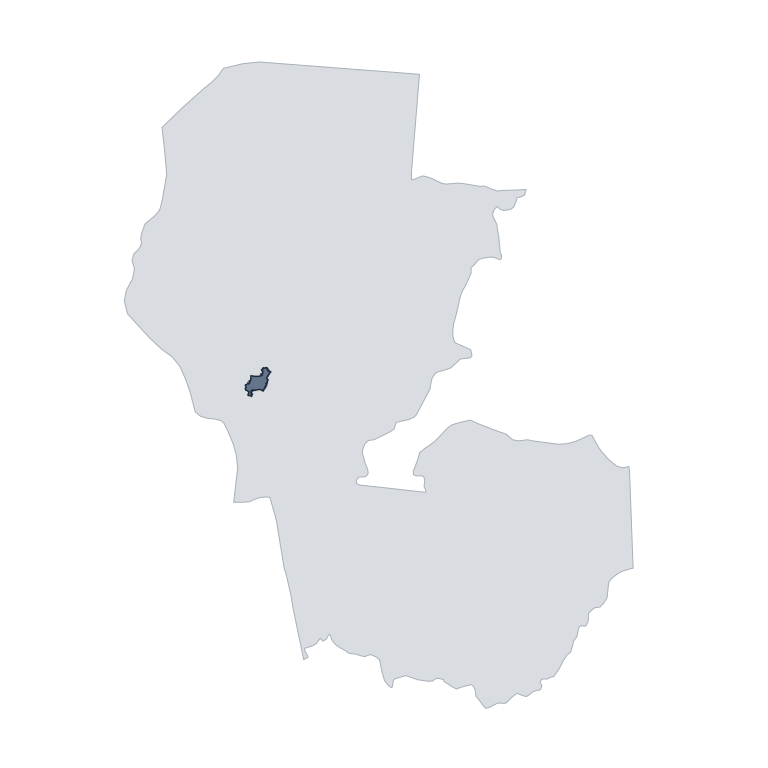 location of Chilanga, Lusaka, Zambia, rotated 96°
{"feature_id": "96606910B81629947645825", "entity_name": "Chilanga", "entity_type": "district", "adm_level": 2, "iso_a3": "ZMB", "parent_name": "Zambia", "parent_adm1": "Lusaka", "projection": "albers", "projection_center": [27.992, -15.452], "detail": "fine", "context": "in_parent", "style": "filled", "palette": "slate", "viewbox_px": 768, "rotation_deg": 96, "n_neighbors": 0, "source": "geoboundaries", "source_scale": "gbopen_adm2", "svg_char_len": 7030}
<svg xmlns="http://www.w3.org/2000/svg" viewBox="0 0 768 768"><g transform="rotate(96 384 384)"><path d="M517.3,521.1L482.4,520.8L469.7,523.6L459.2,527.8L446.8,534.6L439.5,539.2L437.6,541.9L436.6,547.6L436.5,556.5L435.3,563.0L431.5,568.8L412.6,575.9L400.3,581.7L388.2,588.6L379.1,597.5L372.9,608.5L362.6,622.1L341.0,646.4L328.6,651.0L318.1,650.1L305.4,645.1L295.4,644.2L287.9,647.4L281.1,646.5L274.7,641.5L269.4,639.7L265.1,641.1L259.7,640.9L249.6,638.3L240.9,629.7L236.1,626.2L232.5,624.9L222.1,623.6L198.3,622.0L173.7,626.8L152.1,631.6L129.6,612.8L107.8,592.9L103.1,587.9L94.9,581.2L89.0,578.0L86.7,576.4L80.4,558.4L76.8,541.8L72.3,381.1L171.2,378.8L177.5,378.0L177.8,376.2L173.1,367.7L173.2,364.7L174.3,358.9L178.5,347.2L178.7,343.3L176.4,330.7L176.5,323.6L177.4,309.3L176.6,304.5L178.8,298.0L179.5,293.7L180.4,291.9L179.2,287.0L176.9,270.1L175.6,263.0L181.6,264.0L183.6,267.4L184.8,271.2L187.6,271.4L194.7,273.5L197.2,276.6L199.0,283.4L198.0,286.9L195.8,289.8L198.1,292.2L202.9,293.8L205.7,293.2L213.6,288.5L221.0,286.6L224.7,285.4L241.1,282.1L244.4,280.4L246.7,280.4L248.3,281.7L246.9,286.5L246.5,290.8L248.6,298.9L250.2,302.6L253.7,305.3L256.2,306.7L259.0,309.6L264.7,309.0L277.3,313.0L281.2,314.9L286.5,316.7L290.2,317.4L303.2,318.8L316.9,321.0L324.0,321.1L329.1,320.5L332.6,319.3L334.8,318.0L335.8,316.9L340.8,301.5L343.5,300.3L346.9,299.5L348.9,300.9L351.1,310.5L361.0,319.3L364.4,326.6L366.9,332.9L369.1,334.6L372.8,336.7L378.8,337.5L384.2,337.7L410.8,348.4L413.7,350.4L417.0,356.1L419.0,362.6L421.0,367.7L424.5,368.7L427.5,369.1L430.5,372.6L432.8,375.7L440.6,388.4L441.7,393.4L445.5,396.8L450.7,398.2L455.4,398.4L458.2,396.9L465.0,394.4L470.3,391.4L474.2,390.4L476.4,391.1L478.2,393.1L479.3,399.5L483.0,401.6L485.8,400.8L486.9,398.3L487.0,397.1L487.4,331.1L485.0,331.5L481.9,333.4L474.9,333.5L472.1,334.9L471.2,337.0L471.8,339.8L471.9,343.5L470.8,345.2L467.8,345.9L463.3,344.5L455.2,342.5L448.4,341.3L443.6,336.4L437.1,328.9L432.8,325.1L422.4,317.3L420.7,315.7L417.5,312.1L414.8,305.9L412.3,298.7L410.9,294.2L413.4,287.2L419.5,264.4L421.0,257.3L426.1,250.1L426.4,243.6L424.4,235.3L425.0,230.7L425.7,204.6L424.4,196.4L421.0,187.2L413.4,174.5L413.4,171.8L425.1,163.6L428.6,160.4L434.7,153.8L438.9,148.1L441.5,143.5L442.4,137.6L440.5,131.9L444.5,130.8L541.1,117.0L542.5,120.9L545.3,127.4L548.6,132.2L552.7,136.4L556.1,139.0L558.5,139.8L573.3,139.8L578.6,142.4L583.2,145.7L584.3,150.7L587.3,153.9L590.5,156.4L592.0,156.7L594.4,156.1L598.4,156.2L602.0,157.3L603.8,158.4L603.9,162.6L604.9,164.5L609.9,165.3L615.0,165.7L619.9,168.6L625.2,169.2L631.3,170.5L634.2,173.6L640.7,176.9L648.6,179.9L657.3,184.7L657.5,186.1L658.9,188.9L660.4,190.9L660.5,193.8L661.2,196.4L663.4,197.2L665.3,197.4L667.0,195.5L669.4,195.6L671.9,196.9L672.8,200.0L674.7,204.2L677.9,207.1L680.0,209.9L679.1,214.8L677.6,219.3L681.9,223.9L687.5,228.3L689.0,230.3L689.3,236.6L690.2,238.8L693.9,244.2L695.7,247.7L695.5,249.7L684.8,259.9L678.4,261.4L675.5,263.4L673.8,265.6L677.7,276.1L679.8,280.1L677.8,285.0L673.5,293.3L671.6,294.0L671.1,300.4L672.3,302.7L674.3,304.6L675.0,308.9L674.6,319.7L671.7,331.8L676.1,342.5L677.7,343.7L684.1,344.0L685.2,344.9L683.6,347.9L678.9,352.5L670.6,355.9L658.7,359.6L656.2,363.4L654.5,369.0L655.7,372.3L657.2,374.2L656.6,379.1L655.5,384.2L655.7,388.3L655.1,391.9L653.5,393.6L651.4,399.0L648.7,404.3L646.6,406.8L643.6,409.3L638.9,411.4L639.0,412.5L644.2,415.1L645.5,416.9L646.0,418.1L643.7,420.8L646.1,422.5L649.1,424.0L651.8,427.6L654.8,434.5L655.4,435.2L656.3,435.4L658.1,434.6L661.4,432.0L663.7,431.0L666.5,435.0L617.1,450.8L605.5,454.0L588.3,459.7L582.6,461.8L578.1,463.9L532.4,476.4L525.3,478.9L509.1,485.5L508.6,486.6L508.7,489.6L510.1,496.0L512.8,501.8L515.1,505.1L516.6,513.6L517.3,521.1Z" fill="#d9dde1" stroke="#a8b0b8" stroke-width="1"/><path d="M380.1,502.0L380.1,502.3L380.3,502.3L380.3,502.6L380.2,502.7L380.1,502.8L380.0,503.0L380.3,503.3L380.3,503.5L380.4,503.8L380.4,504.0L380.5,504.1L380.7,504.3L380.8,504.5L380.7,504.5L380.5,504.9L380.5,505.0L380.6,504.9L380.7,505.0L380.8,505.1L381.1,505.5L381.2,505.8L381.3,506.0L381.3,506.3L381.5,506.4L381.7,506.5L381.8,506.6L382.0,506.7L382.4,506.7L382.5,506.7L382.7,506.8L382.8,506.7L382.8,506.8L382.9,506.7L383.2,506.8L383.3,506.7L383.7,506.5L383.8,506.6L384.0,506.4L384.3,506.1L384.5,505.9L384.8,506.0L385.0,506.0L385.1,505.9L385.4,505.7L385.5,505.7L385.9,505.7L386.0,505.8L386.2,505.7L386.4,505.7L386.5,505.7L387.1,507.5L388.3,506.3L388.8,507.6L389.6,510.1L389.9,513.3L389.7,517.1L393.5,517.1L394.4,517.0L395.3,518.5L396.2,517.5L397.9,518.4L397.8,518.5L397.7,518.6L397.2,519.3L397.4,519.3L397.4,519.2L397.6,519.2L398.9,520.8L399.3,521.5L399.5,521.4L400.3,521.7L400.8,521.1L401.4,520.9L401.5,520.8L401.8,520.8L402.0,520.8L402.6,521.2L403.1,521.5L404.0,521.1L404.4,521.0L404.9,519.5L406.0,517.4L408.1,518.0L408.3,518.0L408.5,517.9L408.6,518.0L409.3,518.1L409.5,518.0L409.7,516.3L409.7,515.2L410.1,514.5L408.0,513.8L408.0,514.8L407.2,514.6L407.1,514.8L407.0,515.0L406.9,515.3L406.2,514.8L405.9,514.7L405.7,515.0L405.6,514.9L405.0,515.1L404.7,514.4L404.6,514.6L404.3,514.7L404.4,514.8L404.2,515.0L403.8,514.2L403.7,514.2L403.5,513.7L404.2,513.4L403.6,511.6L403.8,511.5L402.4,507.7L402.6,505.9L403.0,505.2L403.6,503.5L403.3,503.3L403.2,503.3L403.1,503.2L402.9,503.1L402.7,503.0L402.4,503.0L402.4,502.9L402.2,502.9L402.0,503.0L401.8,503.0L401.7,503.0L401.6,502.9L401.5,502.7L401.5,502.8L401.4,502.7L401.2,502.4L401.1,502.5L401.0,502.4L400.9,502.3L400.9,502.2L400.7,502.2L400.4,502.2L400.2,502.2L400.0,501.9L399.9,501.9L399.5,501.8L399.4,501.8L399.4,501.7L399.2,501.6L398.9,501.5L399.0,501.4L398.8,501.4L398.7,501.4L398.4,501.3L398.4,501.2L398.4,501.3L398.3,501.2L398.3,501.3L398.3,501.2L398.2,501.1L397.9,501.1L397.7,501.2L397.4,500.9L397.2,500.9L397.1,501.0L397.0,500.9L396.9,500.9L396.7,500.8L396.7,500.7L396.4,500.6L396.2,500.6L396.0,500.8L396.0,500.7L395.9,500.7L395.8,500.8L395.7,500.7L395.7,500.8L395.7,500.7L395.7,500.8L395.6,500.7L395.6,500.8L395.6,500.7L395.4,500.7L395.5,500.6L395.4,500.6L395.2,500.5L394.9,500.5L394.7,500.4L394.4,500.3L394.2,500.3L393.9,500.4L393.7,500.4L393.4,500.2L393.5,500.2L393.2,500.1L392.9,500.1L392.3,500.1L392.2,500.0L392.1,499.7L391.9,499.7L390.5,501.5L389.3,500.9L389.1,500.7L388.8,500.5L388.5,500.5L388.3,500.3L388.2,500.4L387.7,500.2L387.3,499.8L387.1,499.9L386.9,499.8L386.7,499.8L386.7,499.7L386.4,499.4L386.2,499.3L385.9,499.4L385.7,499.3L385.6,499.2L385.4,499.1L385.3,498.9L385.1,498.8L385.0,498.7L384.9,498.7L384.7,498.6L384.5,498.4L384.3,498.4L384.2,498.3L384.1,498.2L384.1,498.4L384.1,498.5L383.9,498.5L383.8,498.8L383.7,498.8L383.8,499.0L383.7,499.2L383.5,499.4L383.3,499.3L383.2,499.6L383.3,499.7L383.2,499.8L383.0,500.0L382.9,500.0L382.7,500.0L382.5,499.9L382.4,500.0L382.4,500.3L382.5,500.4L382.4,500.4L382.5,500.4L382.5,500.5L382.4,500.6L382.2,500.7L382.2,500.9L382.1,501.0L382.1,500.9L382.0,500.7L381.9,500.7L381.7,500.9L381.6,501.0L381.5,501.3L381.4,501.3L381.4,501.2L381.2,501.1L381.1,501.4L381.1,501.5L380.7,501.7L380.7,501.8L380.3,501.9L380.1,502.0Z" fill="#64748b" stroke="#1e293b" stroke-width="1.5"/></g></svg>